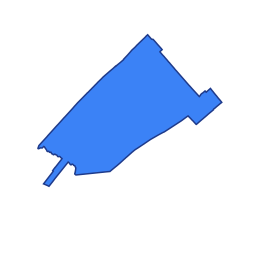 Rusetu, Buzau, Romania, rotated 210°
{"feature_id": "2599482B81543600541276", "entity_name": "Rusetu", "entity_type": "district", "adm_level": 2, "iso_a3": "ROU", "parent_name": "Romania", "parent_adm1": "Buzau", "projection": "albers", "projection_center": [27.21, 44.945], "detail": "fine", "context": "isolated", "style": "filled", "palette": "blue", "viewbox_px": 256, "rotation_deg": 210, "n_neighbors": 0, "source": "geoboundaries", "source_scale": "gbopen_adm2", "svg_char_len": 4532}
<svg xmlns="http://www.w3.org/2000/svg" viewBox="0 0 256 256"><g transform="rotate(210 128 128)"><path d="M158.0,217.4L158.1,217.2L158.2,216.7L158.3,216.4L158.5,215.3L159.0,213.5L159.2,212.9L160.7,207.7L161.0,206.6L161.3,205.5L161.6,204.6L161.7,204.2L162.3,201.5L163.6,197.4L164.2,194.1L164.9,190.7L165.7,187.4L165.9,186.5L166.2,185.3L166.0,185.0L167.6,180.4L169.2,176.2L169.3,175.7L169.4,175.3L169.7,175.4L170.1,174.1L170.7,172.1L172.1,168.3L173.6,163.9L174.2,162.2L174.8,160.4L175.0,159.9L175.4,158.2L175.8,156.7L176.9,152.9L177.4,150.7L177.7,149.6L177.9,148.9L178.3,147.3L178.4,146.7L178.8,145.4L179.3,143.3L179.8,141.5L180.4,139.0L180.5,138.8L180.9,137.7L181.0,137.0L181.6,134.8L182.5,131.2L184.2,124.8L184.5,123.4L184.8,121.9L185.2,120.2L185.7,117.5L186.8,112.4L187.9,107.4L188.3,105.6L188.4,105.4L189.3,101.1L190.3,96.4L190.7,94.8L191.2,92.6L192.3,87.4L193.6,81.3L193.8,80.0L195.7,71.5L196.4,68.3L196.3,67.9L195.9,65.6L195.8,65.3L195.7,65.2L195.3,65.3L194.9,65.4L194.7,65.8L193.8,67.1L192.3,67.8L191.7,69.9L191.3,69.9L190.9,69.9L190.4,69.6L189.8,69.2L189.3,69.1L188.9,68.9L188.7,68.7L188.3,68.6L187.7,68.3L186.6,67.5L186.3,67.4L186.1,67.4L185.9,67.4L185.7,67.5L185.4,67.9L185.0,68.2L184.8,68.2L184.3,67.9L184.1,67.8L183.6,67.8L183.4,68.0L183.2,68.1L182.7,68.5L182.4,68.3L182.0,68.1L181.8,67.9L181.5,67.7L181.3,67.6L181.1,67.6L180.9,67.6L180.5,67.8L180.2,67.8L179.8,67.6L179.3,67.5L178.8,67.9L178.5,68.5L178.3,68.8L178.1,68.8L177.7,68.8L177.4,68.7L177.1,68.8L176.6,68.8L176.1,68.9L175.7,68.8L175.1,68.4L174.8,68.2L174.6,68.2L174.2,68.2L173.9,68.4L173.2,69.0L172.8,69.2L172.6,69.2L172.3,69.2L171.4,68.7L171.0,68.7L170.6,68.7L170.3,68.7L170.0,68.6L169.8,68.5L169.8,68.2L171.3,57.6L171.4,57.0L171.5,57.0L171.5,56.9L171.7,55.4L171.9,53.4L171.1,53.2L172.4,43.4L173.2,37.4L169.9,37.8L168.0,38.0L167.8,38.0L167.3,38.0L167.1,39.2L166.3,44.8L166.0,47.5L164.6,56.7L163.7,62.6L163.4,64.5L163.1,66.5L162.8,68.6L162.0,68.5L161.4,68.3L160.5,67.9L159.9,67.6L159.6,67.5L159.2,67.5L158.8,67.7L158.5,68.5L158.4,68.7L158.3,68.8L157.8,68.9L157.3,68.9L157.1,68.8L156.5,68.6L156.3,68.5L155.8,68.6L155.3,68.7L155.0,68.5L154.4,68.0L153.7,67.7L153.4,67.4L153.2,67.2L152.9,66.6L152.8,66.3L152.4,65.4L152.2,64.8L152.0,64.5L152.0,64.3L151.9,63.9L151.7,63.5L151.6,63.4L151.5,63.0L151.5,62.7L151.5,62.4L151.4,62.2L151.3,61.9L151.1,61.6L150.7,61.4L149.8,61.4L149.6,61.3L123.9,79.9L123.3,80.3L123.0,80.5L122.1,81.2L121.9,81.3L121.2,83.3L119.3,88.4L119.2,88.7L119.0,89.1L117.8,92.5L117.5,93.3L116.4,96.8L115.6,99.4L115.3,100.1L115.0,101.3L114.7,102.0L114.6,102.3L114.4,102.9L114.1,103.8L113.9,104.4L113.7,105.0L113.6,105.3L113.5,105.7L113.4,105.9L113.2,106.5L113.2,106.8L113.0,107.1L112.9,107.5L112.8,107.8L112.7,108.0L112.6,108.3L112.6,108.5L112.5,108.8L112.3,109.3L112.1,109.7L112.0,110.0L111.9,110.3L111.9,110.5L111.7,110.9L111.5,111.4L111.4,111.8L110.8,113.1L110.2,114.3L109.6,115.4L105.7,123.3L104.3,126.2L102.8,129.3L98.1,137.4L95.3,141.9L95.1,142.1L94.6,142.8L94.2,143.6L85.4,160.9L82.7,167.1L82.0,168.5L80.8,168.1L80.5,168.1L78.1,167.4L75.8,166.7L75.4,166.7L74.0,166.2L72.1,165.6L70.8,165.2L70.7,165.2L70.6,165.3L70.0,167.0L68.4,171.7L67.6,173.8L67.1,175.4L67.0,175.5L66.7,176.4L66.1,178.1L65.8,179.0L65.6,179.7L65.0,181.3L64.9,181.7L64.8,181.9L64.7,182.2L64.5,182.6L64.2,183.6L64.0,183.9L63.9,184.3L63.6,185.1L63.4,185.7L63.3,185.9L63.2,186.3L63.1,186.5L63.3,186.9L63.1,187.8L62.8,188.3L62.3,189.7L62.2,190.1L61.9,191.0L61.7,191.5L61.4,192.3L61.3,192.6L61.1,193.1L61.0,193.3L60.9,193.7L60.8,194.0L60.5,194.7L60.4,195.1L60.2,195.6L60.1,195.8L60.0,196.1L59.9,196.4L59.7,196.7L59.6,197.1L60.4,197.4L61.6,197.9L62.4,198.2L63.6,198.6L64.8,199.0L66.3,199.6L66.5,199.7L67.5,200.1L68.1,200.3L68.3,200.4L68.5,200.4L68.7,200.5L69.0,200.6L69.7,200.9L70.3,201.1L71.3,201.5L71.8,201.7L72.8,202.1L73.3,202.3L73.7,202.4L76.4,203.5L78.2,198.1L79.8,198.6L80.9,195.5L81.3,194.9L81.5,194.4L81.7,193.5L81.8,192.9L81.6,192.5L81.9,191.4L82.0,190.9L92.2,194.1L95.8,195.3L96.3,195.4L103.9,198.0L113.3,201.2L114.1,201.5L116.4,202.2L117.8,202.8L121.9,204.2L123.6,204.8L124.9,205.3L125.0,205.3L125.8,205.5L126.0,205.6L127.4,206.1L127.8,206.3L128.7,206.6L129.9,207.0L131.1,207.4L131.9,207.7L132.4,207.9L134.1,208.4L134.5,208.5L136.4,209.2L137.9,209.7L138.4,209.9L138.5,210.0L138.4,210.4L138.2,211.1L138.0,211.6L137.6,212.9L138.5,213.3L140.0,213.8L140.9,214.1L141.5,214.3L144.3,215.2L147.4,216.3L150.2,217.2L150.7,217.3L151.0,217.2L151.2,216.9L152.0,216.7L153.3,217.1L154.1,217.4L157.6,218.6L157.9,217.7L158.0,217.4Z" fill="#3b82f6" stroke="#1e3a8a" stroke-width="1.5"/></g></svg>